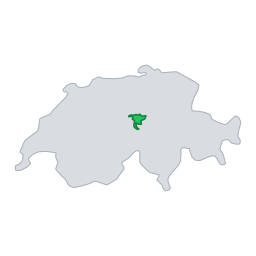 where Nidwalden sits in Switzerland
{"feature_id": "CHE-164", "entity_name": "Nidwalden", "entity_type": "Canton", "adm_level": 1, "iso_a3": "CHE", "parent_name": "Switzerland", "parent_adm1": "", "projection": "equal_earth", "projection_center": [8.375, 46.893], "detail": "fine", "context": "in_parent", "style": "filled", "palette": "green", "viewbox_px": 256, "rotation_deg": 0, "n_neighbors": 0, "source": "natural_earth", "source_scale": "10m", "svg_char_len": 3528}
<svg xmlns="http://www.w3.org/2000/svg" viewBox="0 0 256 256"><path d="M193.7,81.2L195.3,82.1L198.9,84.9L198.1,89.7L194.0,97.5L191.9,103.8L191.7,108.6L192.1,110.9L192.9,110.9L196.8,111.2L198.8,111.2L205.0,112.5L210.1,114.5L211.0,116.5L211.7,119.0L217.7,122.3L224.6,124.5L226.9,123.8L235.3,115.9L238.6,117.2L240.6,121.4L240.6,123.6L238.3,132.1L238.0,136.6L240.0,139.6L240.3,141.9L239.7,144.0L236.3,144.2L231.7,143.1L227.9,139.4L224.9,139.9L222.4,140.8L221.2,144.2L220.0,148.4L220.4,150.6L222.3,152.4L223.7,156.2L224.8,161.0L225.6,163.3L224.7,164.3L222.3,164.9L220.3,164.3L216.8,158.5L215.1,156.2L212.4,155.8L207.5,157.3L200.1,160.5L197.1,160.5L194.5,159.8L192.1,157.1L190.0,151.8L189.4,148.4L187.9,148.5L183.2,147.6L180.9,148.9L181.0,154.3L180.5,161.1L178.2,165.5L171.5,173.1L169.1,176.4L168.1,178.8L167.9,180.9L169.0,184.5L170.4,187.9L169.2,189.8L165.7,190.9L163.2,188.8L162.2,185.1L156.8,180.0L159.2,175.8L158.8,174.8L149.9,172.6L146.1,169.4L140.7,163.8L139.7,161.4L139.9,153.6L139.6,151.7L138.9,150.8L136.2,150.8L132.6,153.5L129.3,157.6L122.4,162.1L121.7,163.1L124.0,167.6L123.9,169.3L118.3,176.4L117.2,178.7L110.1,183.2L106.8,184.9L97.0,181.6L94.3,181.2L89.9,183.4L83.6,185.5L73.6,187.6L69.9,186.1L68.1,184.6L67.3,182.5L64.8,178.7L62.0,176.4L60.0,174.0L57.4,171.3L55.7,169.0L58.0,161.9L56.4,159.3L55.6,155.8L56.1,153.3L55.2,152.7L46.1,151.3L38.6,151.8L33.2,154.2L28.8,158.1L28.2,159.0L28.5,159.7L30.6,163.4L26.9,167.2L21.2,170.2L17.1,170.5L15.4,169.9L15.4,165.8L18.7,164.3L21.8,161.6L22.8,157.8L23.2,155.1L20.1,151.9L20.5,150.0L22.5,146.2L23.7,142.9L25.3,140.1L31.6,135.4L37.9,130.7L38.9,125.8L39.5,119.7L40.4,118.3L48.8,114.7L51.0,113.2L52.1,111.2L58.7,104.4L65.4,97.7L66.7,95.5L67.8,94.2L67.8,93.1L67.0,92.2L63.9,91.7L62.9,89.6L66.3,85.8L70.5,83.5L74.7,83.4L76.3,84.5L76.2,85.7L78.0,87.1L81.1,87.5L85.0,87.1L88.8,85.7L91.2,82.3L92.6,79.7L98.6,76.8L102.7,78.3L114.1,78.7L122.4,77.9L127.7,75.9L134.1,75.9L138.4,77.0L139.2,76.9L140.4,76.6L141.6,75.6L145.6,74.8L146.2,73.9L146.0,73.0L145.3,72.6L140.3,73.1L138.4,72.4L137.9,70.7L139.5,68.0L143.2,65.7L146.3,65.1L148.5,65.7L154.1,70.0L155.4,70.1L156.1,69.3L157.3,68.9L159.2,69.7L161.3,72.4L161.7,72.8L173.9,71.8L176.7,71.8L185.0,76.4L193.7,81.2Z" fill="#d9dde1" stroke="#a8b0b8" stroke-width="1"/><path d="M141.0,115.4L142.2,116.1L145.8,115.7L145.9,116.1L145.8,116.4L145.1,118.3L145.0,118.6L144.8,118.8L144.2,119.3L141.6,120.4L140.8,121.0L140.7,121.1L140.7,121.3L141.0,121.8L141.2,122.1L141.2,122.5L141.1,122.9L141.3,124.2L138.9,124.3L138.4,124.0L138.2,123.6L137.8,123.5L136.8,124.0L136.6,124.1L136.6,123.9L136.6,123.7L136.6,123.4L136.3,123.1L136.1,123.1L135.9,123.2L135.7,123.5L135.9,124.0L136.0,124.8L136.1,125.1L136.4,125.9L136.4,126.1L136.3,126.3L136.3,126.5L136.5,126.6L136.8,126.8L136.9,127.0L137.0,127.2L137.0,127.3L137.1,127.5L137.3,127.7L137.5,128.0L137.8,128.3L138.6,128.6L138.8,128.9L138.7,129.1L137.3,129.5L136.1,128.5L135.1,128.0L134.0,126.7L133.9,125.2L134.0,124.6L134.1,123.3L134.3,122.5L134.4,122.2L134.4,120.5L134.3,120.2L134.0,120.0L132.8,119.6L132.5,119.3L132.3,119.0L132.4,118.6L132.5,118.4L132.6,118.2L132.8,117.9L132.9,117.6L133.0,117.4L133.1,117.0L133.0,116.9L132.8,116.8L130.9,116.3L130.7,116.3L130.2,116.5L129.9,116.6L129.1,116.8L128.8,116.3L128.8,116.0L129.0,115.7L129.3,115.5L130.3,115.2L131.1,115.1L132.3,115.1L133.0,115.0L133.5,115.0L134.2,115.1L135.2,114.8L136.0,114.4L136.6,114.7L136.6,114.9L136.7,115.0L138.3,115.0L138.8,114.9L138.9,114.6L139.3,114.2L140.0,114.3L140.7,114.9L141.0,115.4Z" fill="#22c55e" stroke="#15803d" stroke-width="1.5"/></svg>